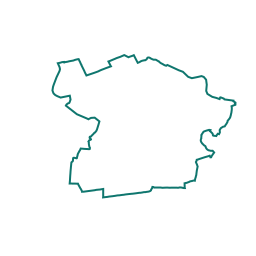 Ogrezeni, Giurgiu, Romania, rotated 23°
{"feature_id": "2599482B64620511258400", "entity_name": "Ogrezeni", "entity_type": "district", "adm_level": 2, "iso_a3": "ROU", "parent_name": "Romania", "parent_adm1": "Giurgiu", "projection": "natural_earth1", "projection_center": [25.753, 44.398], "detail": "fine", "context": "isolated", "style": "outline", "palette": "teal", "viewbox_px": 256, "rotation_deg": 23, "n_neighbors": 0, "source": "geoboundaries", "source_scale": "gbopen_adm2", "svg_char_len": 5580}
<svg xmlns="http://www.w3.org/2000/svg" viewBox="0 0 256 256"><g transform="rotate(23 128 128)"><path d="M40.5,94.1L40.1,94.4L39.7,94.7L39.1,95.1L38.1,95.8L41.2,98.7L42.4,100.4L42.7,102.3L42.4,109.2L42.7,117.0L42.9,119.4L43.8,123.0L44.3,123.5L44.7,124.0L46.0,125.3L48.2,126.1L50.3,126.3L54.1,126.3L61.8,121.0L64.0,124.3L64.2,127.4L64.1,127.9L62.9,129.1L62.2,130.5L62.1,131.7L75.6,135.3L86.1,135.3L88.2,135.4L88.5,134.9L90.1,133.1L93.3,131.5L99.1,133.1L99.5,136.3L100.0,141.3L100.0,142.9L99.4,145.1L99.1,145.3L98.8,145.9L98.5,147.0L98.0,148.2L97.7,148.9L97.3,150.2L97.1,150.3L97.0,150.5L96.9,150.6L96.6,150.8L96.3,151.0L96.3,151.5L96.5,152.0L96.8,152.3L97.2,152.4L97.4,152.5L97.6,152.7L97.8,152.7L98.1,152.7L98.3,152.8L98.4,153.0L98.2,153.3L98.1,153.5L97.6,154.0L97.2,154.5L97.0,154.8L97.0,155.4L97.0,155.5L96.9,156.0L97.4,156.3L97.6,156.6L97.9,157.4L98.3,158.1L98.6,158.7L98.9,159.1L99.6,160.1L99.8,160.4L100.3,160.8L100.6,161.0L100.9,161.8L101.0,162.1L101.0,162.3L100.8,162.5L99.6,163.0L98.3,163.4L97.9,163.6L97.3,163.8L96.5,164.1L92.5,165.4L92.5,165.9L92.5,166.6L92.5,167.2L92.3,168.0L92.2,169.1L92.0,171.0L92.0,171.7L92.1,172.1L92.1,172.6L92.3,173.0L92.4,174.2L92.6,175.4L92.7,175.7L92.7,175.8L92.5,176.0L91.3,176.2L90.3,176.4L89.9,176.5L89.7,176.6L89.4,176.8L89.3,177.0L89.3,177.3L89.5,177.9L90.0,179.3L90.0,179.7L90.1,179.9L90.1,180.2L90.0,180.5L89.9,180.7L89.7,181.0L89.4,181.6L89.4,181.8L89.4,182.0L90.4,185.2L90.7,186.2L91.3,188.0L91.6,189.0L91.9,189.9L92.9,192.8L93.5,194.6L95.1,199.1L96.0,201.9L103.7,198.8L104.4,199.5L107.3,201.8L107.7,202.1L108.9,202.9L109.4,203.4L109.8,203.7L110.1,204.0L110.6,204.4L110.7,204.6L111.0,204.4L112.0,204.0L115.7,201.8L119.1,199.8L121.8,198.2L122.6,197.6L123.2,197.2L126.2,195.6L129.0,193.8L129.6,195.2L130.3,196.9L130.6,197.6L132.0,200.9L132.2,201.6L132.9,201.2L134.1,200.5L135.9,199.5L137.4,198.5L140.8,196.6L141.6,196.1L142.6,195.5L144.6,194.2L146.6,193.2L147.4,192.7L149.6,191.4L150.1,191.2L151.1,190.5L151.6,190.2L152.6,189.6L154.9,188.3L157.1,187.1L157.9,186.7L161.0,184.9L163.6,183.3L164.2,183.0L164.7,182.8L166.0,182.0L166.6,181.6L167.9,180.7L169.1,180.2L169.8,179.7L171.5,178.7L172.2,178.2L173.1,177.3L173.5,176.5L173.4,176.3L173.4,176.0L173.4,175.5L173.6,174.4L173.7,174.0L173.6,173.6L173.5,172.7L174.6,172.4L175.0,172.6L175.7,172.5L176.0,172.3L181.1,170.1L183.0,169.6L185.9,168.2L187.2,167.6L189.4,166.8L195.2,164.3L197.7,163.3L199.0,162.4L200.9,161.8L201.3,161.8L203.1,161.4L203.8,161.1L203.4,160.6L201.7,156.8L201.9,156.7L202.5,156.1L203.4,155.6L204.3,154.7L205.3,153.8L205.4,153.6L205.9,153.0L206.8,152.3L207.6,151.8L208.8,150.8L209.3,150.5L210.1,150.4L209.7,148.5L209.6,147.9L209.6,147.1L209.4,146.1L209.3,145.7L209.3,145.2L209.2,144.5L209.0,143.9L208.9,143.6L208.0,140.4L207.5,138.0L207.1,136.1L206.6,135.7L205.7,134.6L204.9,133.9L203.8,132.8L203.9,131.7L203.9,131.2L203.7,130.4L204.9,129.5L205.7,128.7L206.3,128.2L210.2,124.8L212.8,122.7L213.7,121.9L214.0,121.6L215.3,122.8L216.0,122.4L215.9,121.7L216.4,118.9L216.7,117.9L216.8,117.0L216.6,117.0L216.5,116.8L216.3,116.6L216.0,116.5L215.7,116.4L215.1,116.0L214.9,115.9L214.7,115.9L214.4,116.0L213.7,116.4L213.2,116.6L212.2,116.8L211.8,116.8L211.2,117.0L210.7,117.0L210.4,117.0L209.9,116.9L209.4,116.8L209.1,116.7L208.6,116.5L207.7,115.9L207.2,115.5L206.8,114.9L206.5,114.6L206.3,114.5L206.0,114.4L205.1,114.3L204.5,114.1L204.2,114.0L203.3,113.6L202.2,113.2L201.8,112.9L201.4,112.6L201.0,112.4L200.2,111.6L199.9,111.2L199.7,110.6L199.6,110.3L199.5,109.8L199.5,108.8L199.4,108.6L199.2,108.3L198.8,106.9L198.6,106.4L198.5,105.9L198.3,105.8L198.3,105.5L198.3,105.4L198.4,105.1L198.9,102.4L198.9,102.2L199.2,101.8L199.3,101.5L199.4,101.4L201.4,99.6L203.4,98.0L204.7,97.7L204.7,98.9L205.5,99.0L206.2,99.4L207.4,99.8L208.1,100.2L208.6,100.8L209.0,101.5L209.3,101.7L209.5,101.7L210.7,101.4L211.6,101.1L212.4,100.9L212.5,99.9L212.7,99.0L212.9,98.2L214.2,98.1L214.3,96.2L214.0,95.6L213.2,94.1L213.5,91.9L214.9,89.8L216.4,88.7L216.6,87.3L217.0,85.5L217.2,83.5L216.9,82.5L217.5,80.5L217.8,79.2L217.9,78.2L217.6,75.8L217.4,75.1L217.2,73.6L216.4,70.7L215.7,68.9L214.8,67.5L216.5,65.8L216.7,65.6L217.7,64.8L217.8,64.6L216.8,63.6L216.8,63.1L217.1,62.8L216.9,62.6L216.6,62.6L216.0,62.4L214.6,62.3L214.4,61.6L205.6,64.0L204.7,63.5L201.3,63.6L200.9,63.9L201.0,65.6L197.5,65.8L193.4,66.4L187.8,65.6L185.5,63.3L183.6,57.4L181.0,53.0L177.8,51.4L175.4,51.5L172.1,53.9L167.3,57.2L163.4,57.4L156.6,54.8L152.2,55.0L139.6,54.6L138.8,55.8L138.3,55.8L137.5,55.9L135.9,55.8L135.0,55.6L133.1,55.5L131.4,55.1L130.3,54.6L129.9,54.7L129.5,54.6L128.6,54.5L127.3,54.3L126.9,54.3L126.6,54.4L126.3,54.5L125.8,54.7L125.2,55.0L124.9,55.1L124.6,55.1L123.6,55.2L122.1,55.1L121.6,55.1L121.1,54.9L120.6,54.9L120.3,54.9L119.8,54.9L119.3,55.1L118.9,55.3L118.5,55.7L118.4,56.0L118.4,56.5L118.4,56.9L118.3,57.3L118.2,57.7L117.9,58.1L117.7,58.5L117.4,58.9L116.9,59.2L116.6,59.2L115.6,60.0L114.8,60.5L114.7,60.6L114.3,61.1L113.6,61.7L113.0,62.7L111.5,64.2L109.2,62.3L104.9,58.7L104.0,59.7L102.2,61.3L101.2,62.2L100.7,62.7L100.4,62.6L99.5,62.6L99.2,62.6L98.9,62.5L98.4,62.5L97.1,62.4L96.7,62.4L96.3,62.3L96.0,62.4L95.0,63.5L94.3,64.2L93.0,65.6L92.3,66.2L90.1,68.2L89.0,69.4L88.2,70.2L85.2,73.3L84.0,74.4L86.6,76.6L87.8,77.6L88.2,77.9L84.1,81.7L82.9,82.9L81.1,84.6L79.2,86.6L78.8,87.2L77.0,88.9L74.6,91.1L69.2,95.9L68.2,95.0L66.6,93.7L65.4,92.5L62.6,90.1L60.5,88.3L60.4,88.0L60.0,87.7L59.6,87.5L58.0,85.9L57.2,85.3L55.7,83.9L55.2,84.1L53.5,85.3L52.9,85.8L52.5,86.1L52.1,86.5L51.4,87.2L47.6,89.7L46.6,90.5L44.3,92.0L43.8,92.5L43.5,92.1L42.3,92.7L41.1,93.5L40.5,94.1Z" fill="none" stroke="#0f766e" stroke-width="2"/></g></svg>